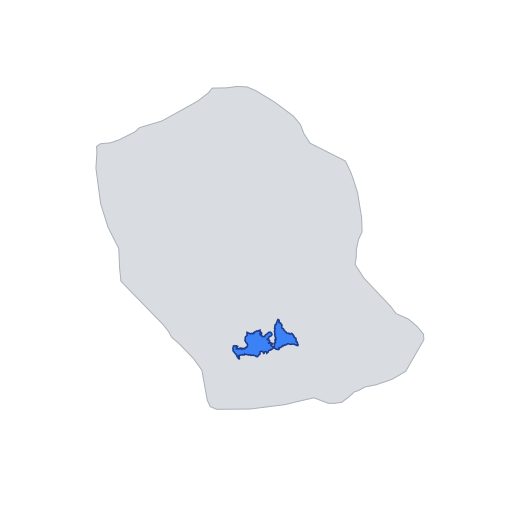 location of Lehlakaneng, Mafeteng, Lesotho, rotated 288°
{"feature_id": "5366337B94978153293499", "entity_name": "Lehlakaneng", "entity_type": "district", "adm_level": 2, "iso_a3": "LSO", "parent_name": "Lesotho", "parent_adm1": "Mafeteng", "projection": "equal_earth", "projection_center": [27.647, -29.815], "detail": "fine", "context": "in_parent", "style": "filled", "palette": "blue", "viewbox_px": 512, "rotation_deg": 288, "n_neighbors": 0, "source": "geoboundaries", "source_scale": "gbopen_adm2", "svg_char_len": 6920}
<svg xmlns="http://www.w3.org/2000/svg" viewBox="0 0 512 512"><g transform="rotate(288 256 256)"><path d="M325.1,344.6L313.0,349.0L311.3,349.4L303.5,348.4L293.1,349.5L285.0,351.9L278.6,352.8L268.3,365.5L249.5,399.9L244.5,407.1L243.1,420.5L238.7,431.2L233.4,439.5L228.2,441.5L212.5,438.2L192.6,434.0L180.9,423.6L170.6,410.0L165.1,400.1L159.4,394.7L157.4,391.7L149.3,387.1L146.2,384.7L143.5,383.0L140.2,376.4L138.3,370.7L139.0,354.8L133.3,345.3L123.4,329.1L117.2,315.8L108.6,297.6L103.4,282.0L98.0,265.9L98.6,259.0L103.8,254.2L118.9,246.1L130.7,239.8L139.1,228.3L148.3,211.1L152.7,200.8L157.2,196.1L162.1,188.8L170.6,172.6L180.1,154.6L190.3,135.3L203.1,129.7L220.7,123.2L237.6,106.4L257.7,92.1L290.1,76.6L305.3,72.7L311.0,70.5L314.7,73.4L318.5,82.3L324.0,89.7L336.7,102.5L342.1,105.6L355.3,124.7L369.3,137.8L385.5,152.8L396.5,160.3L402.1,162.4L406.7,175.7L411.4,185.6L414.0,194.8L413.4,203.8L408.2,225.9L400.6,248.4L394.6,257.8L387.2,263.7L380.0,272.5L377.2,290.6L373.9,311.8L364.6,320.5L357.3,326.2L347.3,333.2L325.1,344.6Z" fill="#d9dde1" stroke="#a8b0b8" stroke-width="1"/><path d="M202.5,296.5L201.4,296.3L199.5,296.3L199.2,296.2L198.4,296.2L198.1,296.0L197.8,296.2L197.0,296.2L196.3,295.5L196.2,295.7L196.0,295.8L195.0,295.6L194.8,295.8L194.4,295.8L194.3,296.0L193.7,296.0L193.0,295.9L192.8,296.0L192.8,296.6L192.1,296.7L191.7,296.9L191.3,296.8L190.6,296.9L190.4,296.7L190.0,296.8L189.6,296.9L189.2,297.5L188.7,297.5L188.2,297.9L187.4,298.1L187.2,298.0L186.9,298.2L186.6,298.2L186.5,298.5L186.0,298.7L185.8,298.7L185.4,299.1L185.2,299.1L185.0,299.3L184.8,299.4L184.9,299.7L184.4,300.2L184.2,300.1L183.6,300.3L183.3,300.1L182.6,301.0L182.1,300.6L182.2,300.1L182.0,299.9L181.8,300.2L180.9,300.5L180.3,300.6L180.0,301.2L179.3,300.7L179.2,301.1L178.6,300.8L178.4,300.4L178.1,300.5L178.0,300.8L177.6,301.0L177.2,300.8L176.9,300.9L176.7,301.1L176.3,301.2L176.2,301.4L175.7,301.5L175.2,301.4L175.2,300.6L175.0,300.2L174.9,299.8L175.3,299.3L175.2,298.6L175.7,297.6L176.0,297.6L176.5,297.8L176.8,298.4L176.9,298.6L177.3,298.8L177.6,298.8L178.0,298.3L178.1,296.7L177.4,296.2L176.9,295.2L176.9,294.9L177.3,294.8L178.4,295.5L179.9,295.1L180.1,294.8L180.1,294.5L179.8,293.2L180.1,292.4L180.4,292.3L180.7,292.6L180.9,292.9L181.4,293.2L181.6,293.1L181.9,293.5L182.2,293.4L183.2,293.4L183.8,294.0L184.1,294.6L184.6,295.0L185.8,295.5L186.6,295.4L186.8,295.2L187.1,295.0L188.0,293.6L188.0,293.4L187.8,293.0L187.7,292.1L187.5,291.8L185.7,290.8L184.1,289.5L183.0,289.1L182.0,289.1L182.1,288.5L181.3,287.4L181.4,287.2L181.9,286.6L181.9,286.3L181.8,286.0L181.8,285.6L182.3,284.8L182.5,284.0L183.0,283.8L183.4,284.2L183.5,284.5L183.2,284.8L183.1,285.2L183.2,285.4L184.3,285.3L184.5,285.2L184.6,284.8L184.1,283.9L184.4,283.8L184.6,284.1L185.3,284.0L185.7,282.6L185.6,282.3L185.8,282.2L186.0,282.3L186.0,282.7L186.3,282.9L186.8,282.8L186.1,281.8L185.8,281.5L185.2,281.4L185.0,279.7L184.4,279.3L183.6,278.5L182.7,277.9L182.5,277.6L182.4,277.5L182.2,277.8L181.8,278.0L181.6,277.7L181.1,277.3L181.0,276.4L181.2,275.9L180.1,274.6L180.5,273.8L180.5,273.6L180.2,273.1L180.5,272.4L180.7,271.0L180.3,271.0L180.1,271.2L179.3,271.4L178.9,271.7L178.5,271.7L177.7,272.1L176.0,271.0L175.7,270.9L173.6,271.3L173.1,271.6L172.3,271.5L171.9,272.2L171.5,272.3L171.1,272.9L170.5,273.3L170.1,274.8L169.7,274.8L169.4,275.2L169.0,275.2L168.9,275.5L167.8,275.6L167.0,275.3L166.8,275.5L166.5,275.0L166.0,275.2L165.8,275.1L165.6,274.6L165.6,274.3L165.2,274.1L164.9,273.7L164.4,273.9L164.3,273.2L164.2,273.1L163.9,273.1L164.1,272.7L163.9,272.2L164.0,271.7L163.3,271.7L163.0,271.0L162.7,271.0L162.7,270.8L163.4,270.3L163.8,270.2L163.8,269.8L163.7,269.5L163.3,269.4L163.3,269.1L162.9,269.1L162.7,268.8L162.4,268.6L162.5,267.9L162.2,267.9L162.0,267.6L162.2,267.3L162.2,267.0L162.2,266.7L161.8,266.1L162.6,266.2L163.0,265.9L163.3,266.3L164.0,266.2L164.2,266.5L164.4,266.5L164.3,265.8L164.0,265.5L164.0,265.1L164.1,264.9L164.5,264.8L164.3,264.1L164.3,263.7L163.8,263.3L163.5,262.8L163.6,262.6L163.5,262.4L163.1,262.6L162.6,262.4L162.3,262.5L161.8,262.4L161.5,262.6L160.6,262.6L160.1,263.1L159.3,263.2L158.5,263.7L158.4,264.1L157.3,265.5L156.2,267.5L155.7,268.0L154.4,269.1L153.5,270.3L152.8,271.7L153.0,272.0L153.3,272.0L153.4,271.8L154.2,271.6L154.2,271.3L155.1,270.8L155.4,270.8L155.4,270.6L155.7,270.3L155.7,271.0L156.2,270.9L156.7,271.2L156.8,271.9L157.1,272.2L157.3,272.5L157.6,272.8L157.6,273.0L157.8,273.3L157.6,273.3L157.6,273.6L157.9,274.2L158.0,274.7L158.3,274.9L158.3,275.2L158.5,275.4L158.9,275.4L158.7,275.6L159.0,275.7L159.0,276.3L159.3,276.5L159.5,277.3L159.4,277.4L159.5,278.0L159.5,278.5L159.5,278.9L159.5,279.2L159.7,279.4L159.6,279.8L160.1,280.0L160.2,280.3L160.1,281.1L159.8,281.6L160.1,282.2L160.3,282.1L160.4,282.3L160.3,282.7L160.4,282.9L160.4,283.3L160.5,283.5L160.8,283.7L161.0,284.2L160.8,284.4L160.8,284.8L160.8,285.3L160.9,285.5L160.9,285.9L160.8,286.3L160.7,286.6L160.4,287.3L160.5,287.7L160.6,287.9L160.5,288.1L160.5,288.3L160.8,288.4L161.1,288.2L161.4,288.8L162.0,289.2L162.5,289.1L162.9,289.4L163.2,289.4L164.1,290.2L166.0,289.3L166.7,290.4L167.1,290.7L167.3,291.1L167.2,291.9L166.8,292.1L166.4,292.8L165.9,293.3L165.7,293.6L166.4,293.9L167.5,293.8L168.0,294.4L168.0,294.7L168.1,294.9L168.1,295.2L167.8,295.6L167.8,295.9L166.9,296.3L167.5,296.7L167.8,296.7L167.8,296.9L168.3,297.0L168.5,297.3L169.5,297.3L170.4,297.7L170.9,298.7L171.1,298.8L171.2,299.1L171.3,299.2L171.6,299.0L172.0,299.7L172.5,300.1L172.6,300.3L173.6,300.7L174.0,301.4L174.3,301.4L174.5,301.3L174.7,301.5L174.3,302.0L174.0,302.2L173.9,302.9L173.8,303.1L173.8,303.6L173.5,303.9L173.5,304.4L173.9,304.9L173.7,305.6L173.8,305.9L173.9,306.0L174.3,306.7L174.7,306.5L174.9,306.7L175.3,306.5L175.5,306.5L175.7,306.2L176.0,306.1L176.6,307.8L177.0,307.8L177.5,308.5L177.9,308.5L178.6,308.9L178.6,309.3L179.0,309.3L178.9,309.6L179.3,309.7L179.4,310.0L180.2,310.7L180.1,310.8L180.4,311.0L180.4,311.4L180.7,312.0L181.0,312.0L181.4,312.6L181.6,312.6L181.9,313.0L182.2,313.0L182.5,313.5L182.5,314.2L182.7,314.5L182.5,315.0L182.5,315.8L182.7,316.2L183.0,316.6L183.1,316.8L183.0,317.2L183.1,317.4L183.6,318.0L183.8,318.9L183.9,319.8L183.7,320.1L183.7,320.4L183.6,320.9L183.8,321.2L183.9,321.7L183.5,322.3L183.6,323.4L184.5,323.6L185.1,322.8L185.5,322.7L187.1,321.6L187.0,321.1L187.1,320.5L187.6,320.3L188.9,320.1L189.4,319.5L190.1,319.4L190.3,318.6L190.5,317.3L190.6,317.2L191.1,317.3L191.4,317.0L192.0,316.3L192.6,315.7L192.4,315.3L193.1,314.7L193.3,314.1L193.5,313.9L193.4,313.5L192.7,313.2L192.2,312.4L192.2,311.9L192.6,311.7L192.5,311.4L192.7,311.1L192.1,309.0L192.2,308.7L192.6,308.5L193.1,307.9L193.5,306.9L193.7,305.8L194.9,305.1L195.1,304.6L195.4,304.1L195.3,303.4L195.2,303.2L195.5,303.0L196.5,302.4L197.2,302.3L197.7,302.1L198.0,302.2L198.6,301.8L198.8,301.6L199.0,300.8L199.2,300.7L199.5,300.3L199.9,300.1L199.8,298.5L200.1,298.3L200.5,298.5L201.2,298.1L202.1,297.9L202.2,297.5L202.0,297.1L202.4,296.8L202.5,296.5Z" fill="#3b82f6" stroke="#1e3a8a" stroke-width="1.5"/></g></svg>